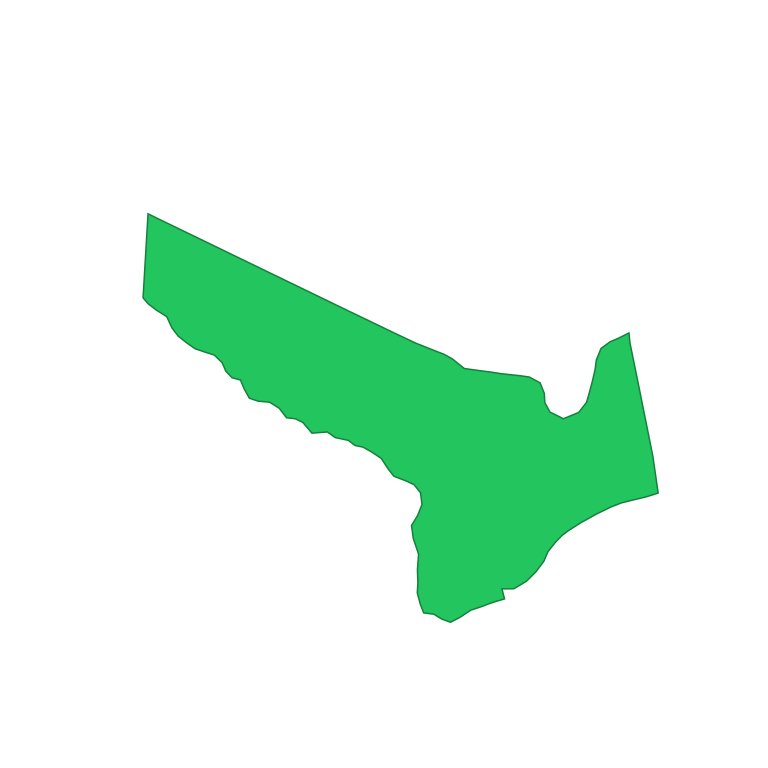 Barra de Santo Antônio, Alagoas, Brazil, rotated 32°
{"feature_id": "56859067B30618154167224", "entity_name": "Barra de Santo Antônio", "entity_type": "district", "adm_level": 2, "iso_a3": "BRA", "parent_name": "Brazil", "parent_adm1": "Alagoas", "projection": "albers", "projection_center": [-35.554, -9.378], "detail": "fine", "context": "isolated", "style": "filled", "palette": "green", "viewbox_px": 768, "rotation_deg": 32, "n_neighbors": 0, "source": "geoboundaries", "source_scale": "gbopen_adm2", "svg_char_len": 1441}
<svg xmlns="http://www.w3.org/2000/svg" viewBox="0 0 768 768"><g transform="rotate(32 384 384)"><path d="M674.3,331.2L650.4,302.9L599.4,248.9L570.8,218.8L564.7,210.9L558.0,221.8L553.4,228.3L549.2,238.8L551.3,251.0L555.4,260.0L559.3,271.4L562.2,280.8L565.5,292.2L564.2,304.9L554.5,318.4L539.5,319.8L530.3,314.6L524.9,307.0L515.8,300.3L503.5,301.1L494.9,304.9L486.1,309.2L477.6,313.3L467.5,317.6L457.1,322.4L443.9,328.3L428.7,326.5L419.1,327.0L410.3,328.7L400.4,330.5L389.5,332.5L364.7,335.4L313.2,341.1L104.6,363.6L93.7,364.7L134.0,438.6L141.5,441.0L152.2,442.0L164.1,442.0L174.4,448.8L184.0,452.4L195.1,453.7L205.0,454.2L215.8,451.7L224.7,449.4L235.5,451.7L243.1,457.0L251.9,459.2L260.2,456.7L268.6,462.6L277.4,467.4L286.2,465.3L296.6,460.1L308.0,460.1L319.2,464.3L327.1,460.5L335.5,459.6L348.9,463.9L361.4,454.7L371.0,455.3L383.6,450.7L391.9,451.5L399.6,448.7L408.7,448.2L421.2,448.6L432.2,453.7L441.3,457.0L453.0,454.7L462.9,453.4L472.7,457.0L480.1,466.1L482.2,477.8L482.3,489.4L490.6,499.4L503.5,510.0L510.7,523.7L518.2,534.8L522.9,543.5L531.2,551.3L539.0,557.1L548.3,552.8L557.4,552.8L566.7,550.8L572.1,541.6L577.5,529.7L584.7,521.1L589.4,514.8L594.3,508.9L600.1,502.4L592.6,495.2L602.6,488.9L609.3,475.8L612.4,462.6L613.5,449.6L611.9,439.3L613.2,427.8L615.1,418.5L618.1,410.6L624.4,397.4L632.9,382.0L641.5,368.2L648.2,359.2L654.6,352.5L660.5,346.5L666.3,340.6L674.3,331.2Z" fill="#22c55e" stroke="#15803d" stroke-width="1.5"/></g></svg>